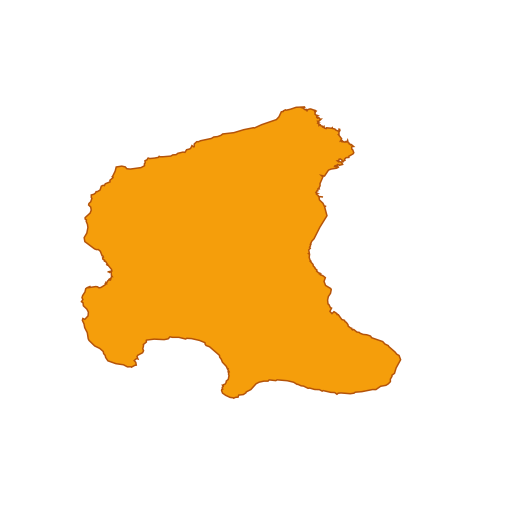 Siquijor, Siquijor, Philippines, rotated 115°
{"feature_id": "2640588B8507173896697", "entity_name": "Siquijor", "entity_type": "district", "adm_level": 2, "iso_a3": "PHL", "parent_name": "Philippines", "parent_adm1": "Siquijor", "projection": "equal_earth", "projection_center": [123.577, 9.198], "detail": "fine", "context": "isolated", "style": "filled", "palette": "amber", "viewbox_px": 512, "rotation_deg": 115, "n_neighbors": 0, "source": "geoboundaries", "source_scale": "gbopen_adm2", "svg_char_len": 6148}
<svg xmlns="http://www.w3.org/2000/svg" viewBox="0 0 512 512"><g transform="rotate(115 256 256)"><path d="M365.1,396.4L367.3,396.1L368.6,394.5L371.2,394.9L371.5,393.0L374.1,391.4L375.6,386.9L377.7,384.2L381.2,382.9L385.8,384.4L385.8,386.5L387.7,386.2L390.2,383.2L393.3,381.0L396.8,376.5L402.0,373.0L403.1,371.6L405.7,364.2L405.8,358.5L407.1,354.1L408.9,352.8L409.8,350.7L411.5,349.4L413.6,345.9L412.8,337.5L410.6,330.2L410.8,325.7L409.2,322.4L409.4,321.9L406.4,319.7L405.5,318.4L403.2,320.0L402.3,322.2L400.1,321.3L399.3,320.5L399.2,319.5L397.4,321.4L395.9,321.2L391.6,317.9L389.3,317.9L388.0,319.4L384.9,320.0L383.9,320.7L380.3,319.0L378.8,319.8L378.3,319.4L374.4,313.2L370.6,303.9L368.2,300.6L365.6,299.8L365.1,297.5L362.3,291.5L361.0,284.7L359.8,283.9L358.1,279.5L356.4,271.7L356.1,265.7L357.5,264.7L358.2,263.4L357.9,259.7L361.5,247.1L363.0,246.2L364.3,243.8L366.4,241.6L368.6,236.2L370.3,234.3L370.0,233.7L371.0,233.4L372.3,231.5L372.9,232.2L373.4,231.3L374.7,231.0L375.8,229.9L379.6,229.0L381.9,230.1L383.3,229.6L385.5,230.0L386.4,231.2L387.2,230.9L387.4,231.6L388.1,230.6L389.3,231.1L390.8,229.9L391.3,230.6L392.4,230.4L394.4,228.4L395.1,224.6L395.1,219.7L394.1,216.6L394.3,216.1L392.8,214.9L391.5,212.6L389.4,212.9L386.9,208.9L384.2,207.3L383.3,207.4L379.2,204.2L371.7,201.9L369.0,199.8L366.1,196.0L364.3,192.2L362.7,191.7L360.6,185.4L359.3,184.5L355.8,174.9L354.5,168.5L355.0,164.5L354.6,164.0L354.6,160.3L353.8,157.9L353.9,152.9L353.0,151.5L352.2,146.5L350.3,142.0L350.5,138.9L349.6,138.3L348.0,130.6L346.5,127.0L347.1,124.2L345.6,123.5L344.2,121.1L341.0,112.4L338.9,109.2L337.5,108.5L334.2,102.7L327.8,94.0L326.4,90.9L321.4,88.0L318.3,83.6L316.0,82.1L313.1,81.1L310.8,82.2L307.7,81.9L306.6,82.4L303.8,80.9L298.3,81.7L288.9,81.1L285.7,84.3L285.5,87.0L284.3,89.3L282.0,97.3L281.3,98.3L281.3,101.9L280.0,105.0L281.2,116.6L280.2,118.3L280.2,119.3L280.6,122.4L281.8,125.8L282.0,129.0L281.6,130.1L282.3,132.4L281.3,136.4L282.2,137.3L281.9,138.2L281.1,138.5L281.2,140.2L280.6,142.8L279.3,143.7L278.0,146.1L277.8,147.7L276.9,148.6L277.3,151.4L274.4,156.6L274.8,157.8L274.0,158.3L273.5,161.8L276.1,162.8L275.0,165.6L271.3,165.5L271.3,166.8L269.2,169.4L269.0,170.5L265.7,172.5L262.2,173.3L258.4,172.7L254.7,173.6L253.9,174.5L253.3,180.5L250.3,183.6L246.3,184.0L245.6,187.2L245.8,189.5L244.9,189.7L245.4,190.8L244.6,190.9L244.8,192.1L244.1,194.7L243.0,194.8L242.4,197.2L241.6,197.7L240.8,199.9L239.5,200.8L237.9,204.6L237.4,204.2L236.8,205.4L234.8,207.2L231.8,208.2L231.7,209.4L230.9,208.9L228.2,210.8L226.0,210.1L225.4,211.2L223.8,210.9L222.5,211.7L221.9,211.2L221.5,211.7L219.0,211.7L215.9,210.7L202.9,210.3L189.5,208.7L182.7,214.4L182.0,214.7L181.3,213.4L181.9,215.2L179.9,217.6L178.4,222.1L177.4,222.9L175.5,223.9L174.2,220.2L175.6,224.6L174.8,225.4L174.5,227.3L173.6,227.7L173.2,227.0L173.2,228.5L171.0,228.3L170.9,227.6L168.8,228.2L168.4,227.1L167.7,227.7L165.3,227.6L163.4,228.6L156.0,228.8L155.4,230.8L154.6,227.7L147.5,226.6L145.5,224.7L142.4,220.1L140.8,218.9L139.9,220.5L141.2,221.2L140.9,221.5L141.5,222.6L140.9,222.6L140.4,222.0L140.6,221.4L138.6,220.8L138.3,219.1L138.6,218.8L136.4,216.2L134.9,218.2L135.2,220.3L135.8,220.9L135.4,222.6L134.4,221.3L133.2,221.6L132.4,220.6L132.7,218.6L134.0,217.9L133.8,216.9L132.9,216.9L131.7,215.8L130.8,216.7L128.9,216.0L127.4,213.5L126.4,214.0L122.4,211.2L121.1,211.0L118.9,213.2L118.7,214.3L116.9,215.3L116.3,215.3L115.5,213.9L114.7,216.7L115.3,217.3L114.8,218.2L115.0,218.8L114.3,219.4L114.3,220.4L112.4,221.9L113.9,221.9L114.4,222.2L114.3,223.0L115.2,223.4L115.5,224.6L115.2,224.9L116.0,226.1L115.4,226.4L116.0,226.7L115.9,227.3L115.5,226.8L115.3,227.3L116.0,228.0L113.5,228.0L111.1,232.7L110.6,232.2L109.0,233.1L106.7,233.0L105.8,233.8L106.0,234.4L107.7,233.5L108.1,234.3L108.1,237.2L107.6,238.1L108.1,240.7L107.5,241.1L108.3,241.5L110.0,246.3L110.8,246.2L111.0,246.8L111.2,248.1L110.1,248.9L110.7,249.0L111.0,250.1L110.2,250.4L110.6,251.9L109.9,253.2L111.1,254.1L110.0,254.6L109.3,254.1L109.9,254.7L109.7,255.5L108.9,255.2L109.4,256.3L108.1,256.3L107.8,257.0L107.2,255.9L104.5,254.9L105.0,255.8L104.1,257.4L104.8,258.1L104.1,258.6L104.9,258.9L104.7,259.6L103.0,260.3L102.7,259.9L102.9,261.4L102.4,262.6L101.1,262.9L100.1,264.0L99.8,262.9L99.2,262.7L99.1,264.0L98.4,263.9L99.2,264.2L99.6,268.5L100.1,269.5L101.5,271.0L102.9,271.1L102.8,272.0L102.0,272.4L102.7,273.9L102.0,275.5L102.1,276.2L100.7,274.7L100.4,275.1L104.3,282.5L108.5,286.9L111.2,290.4L111.1,291.1L112.9,292.5L113.5,292.4L114.6,294.0L120.1,294.0L123.8,295.2L134.5,306.3L140.7,311.6L140.8,312.5L146.7,320.5L153.6,328.2L159.5,337.8L161.4,338.7L164.0,341.3L166.0,344.6L168.3,346.1L175.0,355.0L176.7,356.4L177.4,358.0L180.6,359.3L183.0,358.2L183.5,358.9L183.0,360.7L185.7,360.7L187.0,361.3L189.0,363.8L192.1,364.2L192.7,366.1L196.0,370.3L197.9,371.2L199.5,374.1L201.5,375.5L205.4,382.3L206.6,384.8L206.6,385.9L207.9,386.2L210.2,389.4L212.7,393.7L212.6,394.6L213.0,395.3L214.8,395.4L216.6,396.9L218.3,395.8L219.7,396.1L221.3,395.2L224.5,397.6L230.3,406.6L231.5,409.9L230.5,412.2L231.3,415.7L234.4,420.3L238.6,419.5L244.4,419.6L244.8,419.2L245.0,419.6L245.6,418.8L249.1,420.4L250.5,419.6L254.2,423.1L256.3,423.2L256.5,424.4L258.1,425.7L262.1,425.2L264.7,427.0L265.2,428.1L266.8,428.1L268.7,429.2L270.3,431.1L272.6,430.0L273.1,429.1L276.7,428.7L279.0,429.6L280.5,429.3L281.5,426.5L284.1,424.7L287.2,424.5L293.4,427.1L294.7,426.5L294.9,425.0L296.4,424.5L298.6,422.1L301.2,420.4L306.7,419.0L312.0,419.5L315.3,417.2L317.8,405.3L317.6,403.2L316.8,401.6L317.5,399.1L320.9,395.5L320.7,394.8L321.5,393.8L322.4,394.3L323.6,393.4L323.8,391.5L324.4,391.4L324.3,391.8L324.7,391.2L324.5,390.0L326.4,386.9L326.8,387.5L327.2,386.9L326.8,386.3L329.2,381.3L330.5,380.3L333.2,383.8L332.4,382.5L332.8,381.8L332.2,381.4L332.0,380.3L334.7,378.8L335.4,377.7L335.6,378.3L338.1,377.9L337.8,378.4L338.9,379.1L338.9,378.0L339.6,378.0L339.8,379.1L341.3,379.9L343.2,379.9L343.3,380.7L343.9,380.2L343.8,380.8L344.6,381.0L345.0,380.1L344.9,380.9L345.2,380.3L346.5,380.9L350.0,383.2L351.2,384.8L350.9,386.7L351.4,388.3L356.0,395.2L354.1,393.2L353.8,393.6L356.1,395.7L357.6,396.5L360.8,395.8L365.1,396.4Z" fill="#f59e0b" stroke="#b45309" stroke-width="1.5"/></g></svg>